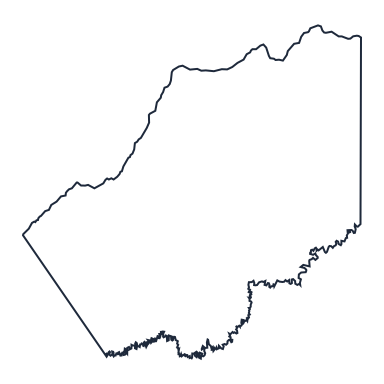 the district of La Primavera, Vichada, Colombia
{"feature_id": "7082276B79369128068178", "entity_name": "La Primavera", "entity_type": "district", "adm_level": 2, "iso_a3": "COL", "parent_name": "Colombia", "parent_adm1": "Vichada", "projection": "equal_earth", "projection_center": [-69.552, 5.549], "detail": "fine", "context": "isolated", "style": "outline", "palette": "slate", "viewbox_px": 384, "rotation_deg": 0, "n_neighbors": 0, "source": "geoboundaries", "source_scale": "gbopen_adm2", "svg_char_len": 6041}
<svg xmlns="http://www.w3.org/2000/svg" viewBox="0 0 384 384"><path d="M173.1,70.0L171.8,72.2L170.9,80.6L169.7,84.1L167.6,86.6L164.5,87.7L163.1,92.1L161.2,95.2L160.8,97.7L156.9,102.3L155.3,110.8L149.9,113.7L148.9,115.0L149.1,122.6L146.8,127.9L140.9,137.9L138.7,139.4L137.2,141.7L134.9,143.1L134.2,149.4L132.5,153.6L130.5,155.1L129.9,157.1L128.4,157.7L123.4,166.4L121.9,171.3L120.4,171.8L119.6,174.0L117.2,176.8L113.6,179.5L111.3,178.3L108.9,179.5L107.1,178.5L105.5,179.8L103.3,183.4L94.4,188.3L88.1,184.9L85.2,185.6L81.0,185.5L77.5,182.5L76.7,182.5L71.9,188.3L69.0,189.3L67.0,191.3L65.9,192.8L65.6,195.5L61.0,196.4L56.6,201.6L51.3,204.9L48.9,209.9L45.2,211.1L41.0,215.9L39.7,216.6L38.3,218.3L38.0,220.0L36.5,220.3L35.3,222.1L34.3,221.6L32.0,222.9L28.8,228.7L23.3,234.1L23.0,235.3L106.6,356.7L107.5,355.2L106.1,354.0L107.0,353.4L108.7,354.2L108.8,352.1L109.5,351.5L110.0,352.1L109.2,354.4L110.5,355.7L112.5,354.3L112.2,351.5L113.2,351.8L113.6,353.0L113.0,355.2L113.7,356.4L114.6,355.3L115.6,355.5L116.4,353.3L117.6,353.3L118.1,355.0L118.2,352.6L119.1,352.1L120.4,355.6L121.4,355.5L121.3,354.2L122.2,352.8L123.0,353.4L123.5,355.0L124.9,354.7L125.5,354.2L125.3,352.9L123.6,352.1L124.6,350.7L124.8,348.6L126.0,349.2L125.4,350.9L127.2,353.5L127.3,347.8L129.0,347.0L129.6,348.3L129.4,349.5L131.4,348.5L131.5,344.8L133.0,345.6L135.0,345.3L135.0,348.3L136.5,349.0L137.0,346.6L135.2,343.6L135.8,342.3L136.7,343.0L137.4,345.6L139.7,347.0L140.1,344.5L141.1,344.4L141.6,343.5L143.4,344.5L143.1,345.7L143.7,346.0L144.2,344.5L143.8,342.5L144.4,342.0L146.2,347.0L147.4,344.6L146.6,344.3L147.0,343.3L146.2,342.4L148.3,341.8L148.7,343.2L149.5,342.2L147.9,340.0L150.2,340.5L151.0,342.9L152.2,341.5L151.2,339.2L151.5,338.2L152.2,338.5L152.5,339.5L151.9,340.3L153.3,341.7L154.5,341.5L154.3,339.2L155.0,339.4L155.2,338.6L156.0,339.1L155.6,341.0L156.1,341.1L157.6,336.1L158.5,336.3L158.8,338.1L159.6,338.2L160.3,336.6L159.3,334.0L159.9,333.9L160.4,335.3L161.1,334.5L161.0,332.8L161.7,333.4L161.2,331.9L162.8,331.5L164.1,331.7L163.2,333.7L163.1,336.6L163.6,337.3L165.0,336.6L165.6,335.5L166.8,335.9L167.1,341.0L168.7,340.3L168.9,335.5L171.0,336.2L171.3,339.7L172.3,340.5L173.1,339.9L172.9,337.1L173.8,337.6L174.2,336.8L175.0,337.0L175.7,340.0L177.8,341.2L177.1,343.6L178.2,344.8L177.4,346.6L177.8,347.3L177.3,347.7L178.2,348.4L178.4,349.6L179.0,349.1L178.4,352.8L178.9,353.1L178.6,354.2L179.6,354.3L179.8,356.3L180.7,356.0L181.2,354.3L181.8,356.2L183.4,354.8L184.4,355.4L184.8,354.3L185.4,354.6L184.9,355.7L185.4,356.2L186.9,355.3L187.1,354.3L187.7,357.0L189.7,356.1L189.7,358.0L190.8,357.6L191.7,358.3L192.1,357.6L192.3,353.5L194.1,353.7L195.0,355.8L196.7,357.2L197.3,356.1L196.5,353.8L194.9,352.8L196.5,351.7L198.1,353.2L199.1,357.7L200.8,358.6L201.0,356.6L199.4,354.6L199.8,352.7L202.3,353.7L201.3,355.9L203.4,356.3L204.6,355.2L205.2,353.2L204.2,351.0L204.5,349.0L203.4,348.3L201.8,349.5L201.7,349.0L202.8,346.0L205.1,348.0L207.3,347.7L206.9,342.4L207.6,339.5L208.1,339.8L208.9,344.3L210.8,346.0L211.4,348.1L212.2,347.4L211.8,349.8L213.2,349.6L213.4,351.0L214.5,349.6L213.8,348.2L214.1,347.6L215.2,348.9L215.9,348.8L216.4,347.6L216.9,349.2L218.4,348.2L219.2,349.0L218.7,347.4L218.9,345.8L221.4,348.5L222.9,349.0L223.7,346.3L222.7,344.7L224.6,344.0L226.1,344.7L227.4,343.5L227.5,341.3L228.8,340.0L230.0,340.0L231.3,342.2L232.1,341.8L232.3,339.8L230.5,339.5L230.6,337.2L229.3,336.5L230.0,335.4L229.3,333.7L230.3,334.3L232.6,332.0L233.6,332.9L234.6,332.3L236.4,333.5L237.4,333.0L237.0,330.4L236.1,329.5L237.2,327.7L235.8,326.1L237.6,326.9L239.1,325.8L239.9,326.7L239.9,325.7L241.3,325.7L242.2,324.1L241.3,323.0L241.7,319.7L243.4,320.0L242.3,322.8L243.3,323.4L244.5,320.9L245.6,320.9L246.6,319.8L247.3,320.9L247.5,319.5L246.5,317.4L248.1,318.6L249.0,317.4L248.3,315.2L249.8,314.5L248.8,313.0L249.3,311.4L249.0,310.6L249.8,309.3L248.9,308.0L250.0,307.9L250.7,306.6L250.7,304.6L251.6,302.6L251.2,301.6L249.5,300.9L249.6,298.8L249.1,298.1L250.0,298.4L250.9,297.5L250.7,296.8L249.9,297.4L249.6,296.8L250.0,294.9L251.3,294.3L251.0,293.0L251.5,292.2L250.6,291.6L249.6,292.6L248.7,292.1L250.0,289.7L248.3,288.8L249.0,287.3L248.4,284.9L248.9,282.2L251.8,282.1L253.5,280.8L254.3,283.0L254.1,285.1L255.6,285.3L257.1,285.0L259.1,282.3L262.0,281.4L263.3,282.0L265.3,281.0L264.6,284.9L266.4,285.4L267.8,283.1L268.8,283.2L269.4,284.6L269.3,286.9L270.2,287.6L271.3,286.3L273.0,286.2L273.5,284.4L274.3,284.9L274.4,286.1L277.3,280.4L279.5,281.6L282.5,282.0L284.2,281.7L285.5,280.1L287.2,281.5L289.1,280.1L289.4,283.3L290.7,283.9L291.9,283.1L291.7,279.5L293.1,279.1L295.1,281.0L295.3,283.7L297.3,284.9L299.2,283.9L300.2,285.0L299.9,282.9L300.9,279.3L298.6,278.0L298.9,274.4L301.2,272.5L305.7,272.2L306.3,270.7L306.2,269.6L304.5,268.0L300.7,267.0L303.3,264.9L309.6,266.4L309.2,260.9L309.6,259.9L311.7,259.2L313.0,257.9L315.4,259.9L317.7,258.0L317.7,257.0L316.0,255.2L315.3,253.5L313.1,254.8L310.1,253.9L310.2,252.9L310.8,252.9L311.0,250.2L312.2,249.7L313.4,250.8L314.7,248.4L315.9,247.7L316.6,248.7L316.6,250.7L317.8,249.7L318.6,250.4L322.8,247.0L324.9,252.0L325.9,252.8L327.0,251.8L328.7,246.9L329.5,246.0L331.2,246.2L332.8,247.8L333.9,246.2L335.7,245.3L336.3,243.7L335.7,241.9L336.6,240.8L338.1,241.6L338.7,244.0L340.8,245.2L341.4,244.2L341.4,240.8L344.5,241.4L345.8,238.1L347.1,237.8L346.8,235.5L348.2,232.9L350.1,232.1L349.8,230.9L347.6,231.6L347.5,230.2L351.4,230.0L352.6,230.7L353.8,233.0L354.9,232.8L355.7,229.1L354.7,226.5L354.9,224.5L356.8,226.5L357.8,226.7L360.5,224.1L361.0,37.5L358.7,36.0L356.9,35.7L353.2,36.3L350.4,38.6L348.1,38.8L341.8,36.4L338.7,36.4L331.6,31.7L325.9,32.8L324.1,32.5L322.4,30.5L320.9,26.4L318.0,25.4L310.3,28.3L308.9,31.4L308.0,32.2L304.0,33.0L301.2,36.8L299.1,42.9L294.1,43.8L287.8,51.1L286.8,55.0L282.9,60.6L279.0,59.7L275.6,60.0L273.9,58.7L270.2,58.2L268.9,55.9L266.2,47.6L263.4,44.5L260.4,45.6L256.1,49.2L252.4,49.2L251.0,50.5L250.1,52.4L246.7,54.2L243.6,59.6L237.5,62.9L232.3,67.0L227.2,69.4L221.8,69.2L213.9,71.2L205.8,70.4L201.3,70.7L197.3,68.9L190.0,69.6L182.6,65.7L178.9,66.5L173.1,70.0Z" fill="none" stroke="#1e293b" stroke-width="2"/></svg>